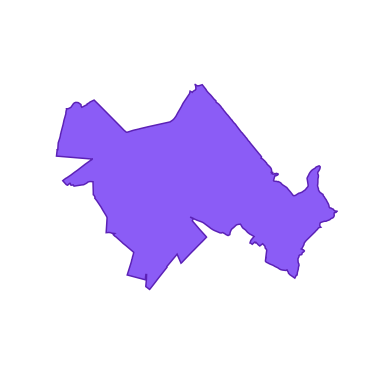 outline of Rogova, Mehedinti, Romania, rotated 17°
{"feature_id": "2599482B76959317413868", "entity_name": "Rogova", "entity_type": "district", "adm_level": 2, "iso_a3": "ROU", "parent_name": "Romania", "parent_adm1": "Mehedinti", "projection": "robinson", "projection_center": [22.834, 44.475], "detail": "fine", "context": "isolated", "style": "filled", "palette": "violet", "viewbox_px": 384, "rotation_deg": 17, "n_neighbors": 0, "source": "geoboundaries", "source_scale": "gbopen_adm2", "svg_char_len": 6012}
<svg xmlns="http://www.w3.org/2000/svg" viewBox="0 0 384 384"><g transform="rotate(17 192 192)"><path d="M335.9,169.1L336.0,168.5L336.4,168.0L336.3,167.9L335.7,168.1L334.2,168.3L332.9,167.8L332.4,167.4L332.1,167.1L331.2,167.1L329.5,166.7L328.5,166.9L328.2,166.7L327.6,166.3L326.9,165.0L326.8,164.7L325.7,163.3L324.1,161.8L322.6,160.2L321.1,159.1L319.8,157.9L318.7,157.2L318.5,156.9L318.0,156.1L317.7,155.9L316.6,155.7L315.8,155.3L314.9,155.1L314.4,154.8L313.8,154.4L312.4,153.1L312.2,152.7L311.9,151.8L310.7,150.2L310.0,148.7L310.0,147.7L309.7,146.7L309.6,146.1L308.7,143.1L308.5,141.9L308.5,141.2L308.2,139.6L307.7,138.6L307.0,137.9L306.6,136.8L306.7,135.8L307.2,134.4L307.5,132.4L307.3,130.7L307.2,130.4L306.6,130.0L305.9,129.8L303.4,131.8L302.6,133.4L301.3,134.8L300.3,136.1L299.6,137.5L299.1,138.9L298.7,140.5L298.6,141.6L298.1,144.2L298.0,145.1L298.2,145.7L298.7,146.6L300.6,150.5L301.2,151.9L301.3,152.7L301.1,153.4L300.3,155.1L299.9,156.3L299.6,156.9L297.2,160.0L295.6,161.3L294.5,161.9L291.8,165.1L290.9,165.6L289.9,165.8L285.9,163.0L283.8,161.7L281.3,160.0L276.8,158.7L275.6,158.2L274.0,157.2L271.4,156.8L271.1,157.1L269.6,157.1L268.7,157.4L267.2,157.6L266.6,157.2L266.5,152.4L267.5,152.0L269.0,150.6L269.2,149.7L268.7,149.4L268.3,149.6L267.5,149.4L267.2,149.6L266.8,150.3L266.5,150.0L265.8,150.1L265.1,151.0L264.1,151.2L263.9,150.7L263.2,150.9L263.7,150.0L263.4,149.6L262.0,149.8L262.1,149.4L262.0,148.5L261.3,147.1L260.6,146.2L258.9,145.0L256.8,144.0L255.4,143.2L254.7,142.4L254.3,142.2L254.0,142.1L253.1,141.4L249.9,139.8L248.2,139.5L248.3,138.2L247.6,137.6L246.7,136.9L244.7,135.7L232.6,127.6L232.3,127.2L231.6,126.9L230.6,126.3L228.5,124.6L227.2,123.9L225.8,122.8L224.7,122.2L222.7,120.8L221.9,120.5L215.2,115.7L214.0,114.7L213.2,114.2L212.6,114.0L210.4,112.6L210.0,112.4L209.7,111.9L209.3,111.6L208.9,111.5L207.9,110.9L204.0,108.2L202.7,107.5L197.8,104.2L197.2,103.6L195.3,102.5L194.8,101.9L191.8,100.1L188.9,99.1L188.5,98.5L188.2,97.8L185.9,96.7L181.8,94.0L178.2,92.1L177.1,91.3L176.4,90.9L175.9,90.5L175.6,90.0L170.4,86.4L168.0,88.1L166.8,88.7L166.2,88.9L165.1,88.7L164.3,88.5L163.8,88.2L163.6,88.3L164.6,89.8L165.3,91.4L165.5,92.2L165.6,92.7L165.5,93.2L165.3,93.6L164.6,94.2L163.4,95.8L163.2,96.6L160.7,96.1L160.9,98.6L157.5,109.8L156.9,113.4L155.3,120.2L154.5,124.2L153.5,127.1L152.5,128.9L150.5,131.4L131.0,142.4L117.6,150.3L112.4,153.9L111.7,154.0L108.7,152.7L104.6,150.4L76.7,135.4L71.5,132.7L68.1,135.8L67.8,136.5L65.9,138.6L66.1,139.1L61.9,143.2L61.0,142.5L60.2,140.8L57.2,139.8L55.6,140.0L54.4,140.4L53.8,140.9L53.3,141.4L52.8,142.2L51.6,146.0L51.2,146.7L49.5,148.3L48.4,148.9L47.6,149.1L48.0,150.2L47.9,151.0L48.1,152.6L48.5,154.1L48.5,154.5L48.6,160.8L49.0,165.0L49.3,173.0L49.4,174.0L49.4,175.1L49.7,177.0L49.8,179.1L49.7,184.1L51.3,190.8L50.6,191.0L50.9,191.9L51.9,197.3L85.4,190.0L86.4,189.8L86.9,189.5L87.0,189.7L86.7,190.4L85.3,192.0L81.7,196.7L76.0,204.8L74.1,207.2L71.3,211.1L67.9,215.3L67.4,215.7L66.0,217.6L65.1,219.0L65.9,219.5L69.4,221.6L70.5,221.9L71.0,221.9L71.3,221.5L72.4,219.6L72.6,219.4L72.8,219.3L73.1,219.4L73.8,220.6L74.2,220.8L74.8,220.7L76.3,220.0L76.5,220.0L77.0,220.7L77.6,220.8L83.2,218.1L83.4,218.0L83.8,217.8L84.0,217.7L86.3,216.7L88.6,214.4L89.7,212.8L90.5,212.3L91.4,211.8L94.3,211.1L97.6,220.9L98.4,223.5L99.1,223.7L99.9,224.4L100.8,225.3L100.8,226.3L103.4,228.1L109.3,232.9L112.5,235.9L116.8,239.7L118.1,241.1L118.3,241.4L119.5,246.3L121.8,256.0L124.6,254.9L125.1,254.9L125.8,254.7L126.9,254.8L127.6,254.8L129.6,254.4L130.3,254.3L129.2,255.8L131.1,256.8L132.5,257.2L139.2,260.3L140.9,261.2L142.9,262.0L144.0,262.4L153.9,266.7L154.1,269.0L154.1,271.7L154.3,273.0L154.2,274.3L154.4,276.4L154.4,280.3L154.3,290.3L173.1,289.6L173.0,288.7L172.7,288.1L172.0,284.4L172.7,284.2L174.0,289.1L175.1,294.3L175.4,295.8L175.9,296.2L176.5,296.3L179.9,297.6L180.1,297.3L182.5,291.1L185.3,283.6L190.1,271.3L189.7,270.7L195.3,257.4L195.9,255.8L202.3,263.3L203.0,262.2L204.5,259.2L208.2,251.8L209.9,248.5L211.0,246.5L213.7,241.2L215.4,238.1L215.5,237.6L215.9,237.2L219.1,230.9L218.1,230.2L209.9,225.3L203.8,221.4L200.8,219.6L200.7,219.4L200.7,219.2L201.1,217.4L200.2,217.0L198.0,216.6L197.6,216.4L201.3,216.9L202.5,217.2L203.6,217.3L204.8,217.5L209.0,217.7L211.1,217.9L212.2,218.2L218.3,220.4L220.9,221.4L223.2,222.0L224.9,222.3L230.9,222.9L232.0,222.6L233.2,221.8L233.4,221.8L235.9,222.4L237.0,222.8L239.2,223.1L239.6,222.6L240.2,222.2L240.6,221.7L240.6,221.2L240.4,220.5L240.3,219.0L240.5,217.2L240.7,216.2L241.2,215.3L242.2,213.8L243.8,211.0L244.3,210.3L245.8,209.4L247.7,208.6L248.7,209.4L249.9,210.6L251.2,211.6L254.3,212.7L256.9,214.3L259.5,215.3L260.4,215.5L260.8,215.5L264.4,216.4L262.8,220.0L262.4,221.3L262.3,223.3L262.4,223.8L262.8,223.7L264.9,224.4L266.5,221.7L267.5,222.1L267.8,221.4L271.0,223.2L272.6,223.8L274.7,220.8L277.4,222.4L277.8,222.8L278.3,224.1L278.9,224.6L279.6,224.8L279.8,225.1L280.2,225.4L280.5,226.0L281.7,232.9L281.9,232.7L282.0,232.9L282.1,235.0L282.4,236.6L282.6,236.8L283.5,237.4L284.9,237.6L287.5,238.1L291.1,238.4L292.9,238.9L296.2,239.4L298.0,240.0L299.5,240.3L301.2,240.2L304.7,239.6L305.1,239.3L305.2,239.0L305.3,238.9L305.7,238.7L305.9,238.9L306.2,239.4L307.4,240.4L307.9,241.3L308.3,241.6L309.9,242.5L315.5,244.3L316.1,241.1L316.7,240.8L316.6,239.5L316.3,238.3L316.2,234.8L315.8,232.8L315.8,230.8L315.2,229.5L314.4,228.7L313.9,227.8L312.9,225.1L312.9,224.5L313.2,222.6L313.0,221.4L313.4,220.8L315.2,219.8L315.3,219.5L315.2,218.4L315.2,218.0L315.6,217.3L316.0,217.0L316.5,216.2L316.7,215.5L316.2,215.1L315.5,214.8L313.2,214.5L313.6,214.0L314.3,210.5L314.4,209.8L314.3,207.8L315.4,205.0L319.5,197.5L321.3,194.2L322.2,192.2L322.8,191.3L323.4,189.5L323.6,189.2L324.3,188.7L325.5,188.0L324.8,187.6L324.0,186.8L323.9,186.5L323.6,185.1L323.7,183.9L323.9,183.6L326.9,181.4L328.7,180.8L329.6,180.0L331.3,178.7L331.8,178.3L332.6,177.0L333.4,176.2L334.1,175.7L334.5,175.1L334.8,174.4L334.9,173.7L334.9,173.0L334.3,171.4L334.1,170.5L334.4,170.0L334.8,169.8L335.3,169.7L335.9,169.1Z" fill="#8b5cf6" stroke="#5b21b6" stroke-width="1.5"/></g></svg>